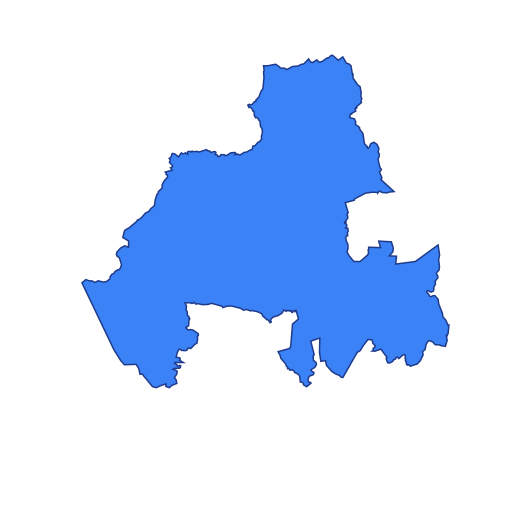 Genaro Codina, Zacatecas, Mexico (Robinson projection), rotated 64°
{"feature_id": "50627088B62788345344248", "entity_name": "Genaro Codina", "entity_type": "district", "adm_level": 2, "iso_a3": "MEX", "parent_name": "Mexico", "parent_adm1": "Zacatecas", "projection": "robinson", "projection_center": [-102.559, 22.457], "detail": "fine", "context": "isolated", "style": "filled", "palette": "blue", "viewbox_px": 512, "rotation_deg": 64, "n_neighbors": 0, "source": "geoboundaries", "source_scale": "gbopen_adm2", "svg_char_len": 6138}
<svg xmlns="http://www.w3.org/2000/svg" viewBox="0 0 512 512"><g transform="rotate(64 256 256)"><path d="M333.7,394.2L336.4,391.6L335.4,388.3L335.8,383.0L332.5,382.1L329.5,382.6L327.5,379.1L325.3,377.4L323.9,377.8L321.5,380.3L321.3,378.5L323.3,373.9L323.0,372.8L321.6,371.8L320.8,372.5L320.9,374.6L319.2,374.7L316.5,376.2L316.1,375.7L319.9,368.0L316.3,370.3L316.0,369.6L314.2,369.1L311.9,372.2L307.8,368.6L306.1,366.0L306.4,365.1L308.2,364.3L310.3,360.6L310.1,358.7L308.8,357.3L310.6,355.1L308.7,350.2L308.4,347.2L304.6,344.6L302.5,344.1L302.2,342.7L300.5,342.0L294.9,345.1L293.3,347.3L292.8,349.4L289.8,350.5L289.2,350.0L289.5,348.3L289.0,347.1L284.1,344.2L283.3,343.0L282.6,343.6L281.6,342.8L279.4,343.6L275.5,342.2L274.1,342.6L270.3,340.4L267.0,340.3L269.3,335.4L270.3,334.8L270.8,333.3L270.3,332.1L272.7,331.3L273.6,328.8L276.1,325.7L278.4,320.7L279.1,316.6L286.4,308.4L287.8,308.4L288.4,304.1L290.2,299.9L296.2,292.9L299.3,290.9L299.9,287.9L302.9,285.1L303.1,283.8L306.7,279.1L310.2,276.2L312.9,276.2L318.1,274.1L318.4,273.3L322.2,272.5L322.0,271.2L320.3,271.2L319.1,269.8L318.4,267.2L319.2,262.5L318.8,257.8L316.7,254.5L318.9,253.3L318.4,251.9L319.4,251.2L319.5,249.8L320.6,249.5L320.4,248.5L322.5,248.4L322.7,247.8L321.4,246.6L321.9,245.6L323.0,245.4L322.2,244.3L322.4,243.8L331.2,245.4L333.2,253.0L352.2,264.3L353.8,266.2L351.7,278.1L355.7,277.9L359.0,278.5L366.2,276.6L368.1,277.0L370.5,276.3L371.1,277.0L371.9,275.7L373.7,275.5L373.9,273.7L375.2,272.7L376.7,272.0L377.6,272.3L381.1,269.7L383.4,269.5L388.7,271.4L389.3,270.2L391.2,269.2L392.5,269.8L395.7,267.8L394.4,262.3L393.5,262.4L392.0,264.1L390.1,263.6L387.8,261.4L387.4,260.6L387.8,256.8L387.2,255.8L386.1,255.0L383.6,256.6L382.3,256.4L381.9,252.0L380.3,249.4L378.2,248.7L374.7,250.1L370.6,248.2L370.3,247.0L356.5,244.1L357.7,234.6L370.5,241.2L379.1,243.9L380.5,239.5L385.3,240.6L393.2,238.4L397.2,235.9L399.9,233.3L401.8,232.9L403.3,231.2L387.0,207.3L386.7,203.7L383.8,199.3L380.1,191.9L382.3,188.5L385.4,189.2L388.9,188.3L390.1,189.1L390.4,191.3L392.1,191.8L392.3,193.2L393.7,190.8L394.5,184.6L404.5,182.7L405.2,184.0L409.6,184.5L410.7,183.0L410.7,180.4L410.4,178.6L409.5,177.7L409.8,175.8L408.5,174.5L409.0,173.1L410.8,172.5L409.3,167.1L410.0,165.8L411.0,165.4L413.6,167.0L414.5,166.7L415.7,167.7L418.5,167.6L419.4,168.3L420.5,167.6L420.6,166.5L422.7,165.6L423.7,158.5L422.3,154.5L418.2,149.2L414.8,148.1L414.3,145.2L409.9,141.7L408.6,139.9L407.9,137.4L410.6,134.9L414.3,133.8L416.5,129.7L417.2,129.6L420.2,125.4L415.7,121.2L410.7,119.7L411.4,119.1L409.7,117.2L402.7,112.9L402.7,113.8L396.9,113.5L392.6,114.7L389.5,113.6L379.3,112.8L374.6,111.3L370.1,112.6L369.3,114.1L369.3,116.4L368.4,117.6L365.9,117.6L363.5,118.5L362.5,118.1L362.6,116.5L364.5,115.3L365.4,113.9L365.1,111.6L361.4,109.4L360.2,107.2L357.1,105.9L355.4,102.2L353.8,101.4L351.0,101.6L350.2,101.1L348.9,97.7L345.9,95.7L339.4,93.5L335.7,90.6L325.9,87.5L330.8,115.2L324.5,134.0L317.8,129.8L314.3,136.1L312.3,131.3L310.5,130.0L309.2,129.2L302.6,128.1L296.4,139.2L303.1,140.3L297.5,150.9L299.8,152.1L299.7,152.5L303.0,153.7L304.2,155.8L306.6,165.0L303.7,170.5L296.5,172.2L292.2,172.4L289.2,169.7L285.5,168.3L281.6,168.2L278.5,167.1L277.7,166.0L278.0,164.7L275.1,163.7L274.2,162.3L271.5,161.4L269.8,164.0L270.5,162.2L267.7,160.8L267.3,161.3L265.6,160.6L265.4,162.0L264.2,161.0L264.5,160.0L263.2,159.3L262.5,157.2L260.2,156.0L258.7,156.2L257.5,154.2L247.2,152.4L248.9,143.1L248.1,142.8L247.8,140.3L247.5,130.0L249.7,123.4L252.3,118.6L252.7,118.8L251.7,116.8L254.5,114.4L256.8,110.3L256.8,108.6L258.6,103.7L241.8,110.3L241.4,108.9L240.3,108.5L234.4,108.2L234.2,106.8L233.0,105.3L231.2,105.8L225.2,104.6L221.9,103.5L220.8,101.8L218.2,100.4L216.4,100.8L213.1,98.4L208.7,98.3L205.4,100.2L205.4,103.7L208.4,107.3L207.9,108.5L206.3,108.1L202.5,109.3L192.8,106.2L187.5,107.2L185.7,106.6L181.2,109.0L179.3,107.6L175.9,107.4L172.7,111.1L169.9,109.0L170.4,107.8L169.7,107.3L169.5,102.8L167.6,102.6L167.3,101.5L166.6,101.6L166.9,100.3L165.8,100.0L164.3,93.9L162.9,93.8L160.9,92.0L158.3,91.7L155.5,89.9L149.3,88.2L146.7,89.6L138.4,90.8L135.3,89.2L135.3,89.8L126.6,87.2L124.2,88.2L122.4,90.2L115.1,90.7L116.1,96.2L108.9,99.4L108.9,101.8L109.8,104.0L109.1,105.4L110.2,111.5L109.4,114.3L106.4,115.3L106.9,120.6L105.1,122.1L101.9,122.3L104.3,128.7L103.6,131.4L103.6,135.1L101.7,140.1L101.9,146.5L99.7,148.1L97.7,151.8L96.5,151.9L92.3,154.2L90.0,162.6L88.3,165.8L92.8,167.3L93.6,168.4L99.1,170.6L108.6,176.4L110.0,179.0L114.5,183.9L115.7,187.7L116.8,188.1L116.7,189.9L118.0,192.9L117.7,195.2L116.7,195.5L116.8,197.2L119.5,197.2L119.8,195.8L122.4,195.0L124.1,195.3L125.1,194.3L128.8,195.9L131.5,195.8L131.4,195.2L133.3,193.6L134.6,194.1L136.5,193.3L141.2,195.1L144.6,194.8L148.1,196.2L150.7,198.7L153.4,199.6L154.1,201.6L154.8,201.9L154.7,204.6L156.4,208.4L155.9,210.7L158.6,212.8L158.2,214.5L158.5,218.7L157.7,221.2L158.2,226.6L156.5,227.5L155.6,230.6L155.0,229.1L153.8,229.4L152.2,233.3L152.8,238.2L152.4,239.6L151.3,239.8L149.5,243.0L150.5,244.4L149.9,246.6L148.5,246.4L146.9,248.2L145.5,246.6L144.5,246.8L143.6,248.3L143.3,251.1L141.5,251.5L140.0,253.5L138.7,253.8L137.5,262.0L136.3,262.8L134.8,266.6L133.7,267.5L134.1,268.4L132.5,270.4L132.5,271.8L134.6,272.9L132.4,274.1L132.4,276.6L130.6,278.0L132.9,282.2L128.4,284.4L127.1,286.4L129.8,289.1L130.3,291.3L132.1,290.8L134.0,292.8L138.4,291.4L139.2,292.1L139.2,294.2L142.1,293.8L140.8,300.8L142.2,300.4L143.3,301.1L144.4,300.2L146.3,300.9L148.2,305.6L150.7,309.0L153.9,310.7L155.2,315.4L157.0,316.8L157.3,318.1L161.5,322.1L166.2,325.2L167.3,329.7L169.0,333.1L168.9,336.4L171.2,341.9L172.0,345.3L171.6,346.7L172.7,348.3L175.0,357.7L175.3,362.3L176.3,363.7L181.0,367.6L186.7,363.9L192.2,366.8L189.3,369.6L189.5,374.3L191.6,379.4L193.6,380.9L195.0,381.0L197.7,379.6L204.9,380.7L207.6,383.4L208.3,385.9L207.8,386.3L208.2,389.6L209.4,391.6L209.2,393.5L210.7,396.2L212.4,397.0L213.4,401.1L212.7,404.5L209.1,408.7L209.2,412.3L206.7,414.1L204.9,417.2L202.6,419.2L203.8,424.2L278.2,424.8L290.9,423.4L296.1,421.9L300.8,411.3L305.6,410.7L311.5,412.1L312.0,410.1L328.0,406.3L330.6,403.4L330.8,397.1L331.6,393.0L333.7,394.2Z" fill="#3b82f6" stroke="#1e3a8a" stroke-width="1.5"/></g></svg>